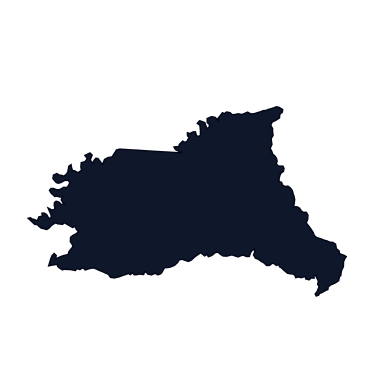 outline of Francisco Beltrão, Paraná, Brazil, rotated 186°
{"feature_id": "56859067B76374785013373", "entity_name": "Francisco Beltrão", "entity_type": "district", "adm_level": 2, "iso_a3": "BRA", "parent_name": "Brazil", "parent_adm1": "Paraná", "projection": "albers", "projection_center": [-53.12, -26.068], "detail": "fine", "context": "isolated", "style": "filled", "palette": "ink", "viewbox_px": 384, "rotation_deg": 186, "n_neighbors": 0, "source": "geoboundaries", "source_scale": "gbopen_adm2", "svg_char_len": 4801}
<svg xmlns="http://www.w3.org/2000/svg" viewBox="0 0 384 384"><g transform="rotate(186 192 192)"><path d="M43.8,155.1L46.6,156.5L50.0,156.5L52.4,157.4L55.2,157.8L58.5,158.8L63.4,159.7L66.0,161.7L67.2,164.3L69.8,167.5L71.7,169.6L73.8,171.7L75.2,173.2L74.1,176.9L74.3,181.1L76.2,183.7L79.3,183.4L81.5,184.7L83.2,187.0L85.2,188.0L87.2,188.2L89.2,187.5L89.3,190.2L89.1,195.0L90.1,198.4L91.1,200.3L91.9,202.6L93.2,204.9L94.8,206.4L97.2,207.8L100.1,207.2L102.6,208.2L104.0,211.0L106.6,211.5L106.8,215.2L106.2,218.2L105.3,220.3L103.3,222.0L103.0,225.1L104.3,227.2L108.7,226.8L111.1,228.7L110.6,231.7L111.7,234.6L113.7,236.8L115.6,237.8L117.0,240.8L118.9,243.6L117.5,247.6L118.4,251.1L118.9,253.5L117.3,256.7L118.2,260.4L118.5,263.5L120.7,266.5L119.8,269.8L118.1,270.9L115.7,272.4L112.8,274.8L112.8,278.6L110.5,280.8L110.5,283.5L112.9,284.6L115.0,285.5L117.4,285.4L119.0,284.4L121.4,283.4L124.5,282.1L127.6,280.6L129.7,280.4L131.8,279.1L135.4,277.6L138.5,276.3L141.3,275.8L143.2,276.4L145.1,277.2L147.2,276.0L150.4,274.2L154.1,274.6L157.6,273.5L160.1,273.0L162.4,274.8L165.9,275.2L168.0,273.3L170.0,274.0L171.9,270.9L173.8,268.0L173.3,266.0L177.1,268.7L180.5,268.9L184.6,266.6L184.0,262.6L181.7,261.0L181.7,257.9L184.0,256.8L186.5,262.3L191.8,263.7L193.9,260.9L191.1,259.2L190.1,254.5L189.5,249.3L191.1,248.0L193.2,248.2L194.2,250.3L194.9,252.2L197.1,251.9L200.3,249.9L202.7,250.4L202.3,247.3L200.4,246.2L201.6,243.6L202.3,241.7L204.3,240.6L206.5,241.6L209.4,238.2L210.1,235.3L212.2,235.5L214.6,234.8L212.8,232.5L206.1,229.8L221.0,229.1L236.1,228.4L240.9,228.2L249.7,227.9L255.2,227.6L259.2,227.4L262.7,227.3L264.6,227.2L268.3,227.1L271.5,225.9L272.4,224.0L273.6,221.6L275.1,218.5L279.0,217.5L282.3,215.3L283.4,211.8L284.0,209.9L287.2,213.5L289.2,215.5L291.2,215.4L292.7,213.2L293.7,210.1L296.6,213.1L295.2,218.3L297.5,220.1L299.9,218.7L302.3,217.2L299.6,214.2L301.6,210.9L305.2,209.6L305.1,205.2L304.1,202.1L307.4,199.2L311.0,200.8L312.9,200.6L314.2,203.1L315.2,206.5L317.2,204.7L317.5,199.5L318.4,196.9L321.1,194.3L323.4,194.9L325.7,194.9L328.3,196.2L331.5,194.3L331.7,190.9L330.0,189.1L327.9,187.2L325.7,186.8L323.3,187.8L319.9,190.2L316.3,190.7L314.4,188.5L315.6,185.2L317.2,183.2L320.1,183.3L323.1,180.9L325.2,180.2L327.2,180.2L330.4,181.0L332.5,180.8L333.9,178.8L332.1,176.3L330.5,175.1L328.0,173.2L325.8,173.8L323.0,173.2L320.3,173.6L321.2,170.6L319.5,168.2L317.8,166.8L320.8,165.9L323.2,168.0L326.1,168.6L327.7,167.0L327.5,164.0L326.5,161.6L327.5,159.8L329.7,159.5L333.4,161.0L331.9,158.3L329.8,154.6L329.2,151.3L331.8,151.0L334.2,154.3L336.8,155.6L339.0,155.2L338.2,152.4L341.7,151.2L342.8,147.0L345.6,148.1L348.3,148.4L350.0,149.5L352.1,148.7L350.0,147.2L347.7,145.4L345.1,143.4L342.5,143.4L340.9,142.1L338.3,140.4L335.4,140.0L332.6,139.5L330.1,141.5L329.0,143.3L327.5,144.8L324.5,147.1L322.4,146.4L317.4,146.3L315.7,148.1L306.9,144.2L304.5,145.7L303.3,143.0L300.8,140.8L302.4,138.7L304.3,137.4L306.0,136.3L308.0,134.2L307.8,129.9L305.8,127.7L304.6,125.1L306.3,122.8L308.2,119.6L308.5,117.0L311.0,116.0L313.3,115.2L316.2,113.8L318.8,112.2L320.8,111.7L320.4,114.6L322.7,116.4L324.5,114.1L325.5,110.6L326.1,107.2L326.8,103.6L322.7,104.9L318.5,106.0L317.8,104.0L316.2,102.8L312.9,101.1L310.7,101.8L304.7,102.2L299.9,101.7L298.4,103.8L295.4,103.2L292.5,105.4L290.1,103.3L287.1,104.7L284.9,105.5L282.2,106.2L279.8,105.7L276.4,104.5L272.2,103.3L266.5,101.4L264.1,98.6L260.0,98.5L257.5,99.5L255.7,100.0L252.6,101.6L248.6,103.4L246.7,104.4L244.7,103.4L242.7,105.5L240.9,103.7L238.4,104.0L235.8,104.9L231.5,104.9L230.8,107.7L229.0,107.3L227.4,105.8L223.7,105.4L220.0,107.4L217.7,106.1L215.8,106.7L214.2,107.9L213.2,109.7L211.6,113.7L207.0,114.7L204.9,115.5L201.7,117.3L199.1,120.3L197.6,123.3L194.9,124.1L191.1,123.2L188.3,122.6L185.4,124.4L182.6,127.7L177.1,132.5L175.2,131.4L172.6,129.8L170.9,131.7L168.9,129.4L166.0,130.8L164.4,132.2L162.5,134.2L159.9,134.9L157.3,133.1L154.5,131.7L151.0,131.8L149.3,132.4L145.8,133.7L143.1,133.1L139.3,132.3L136.6,133.9L134.2,134.6L131.4,133.6L128.3,133.9L127.5,137.7L126.5,139.7L124.2,141.7L123.3,139.4L124.2,135.8L121.9,132.8L118.8,132.0L116.1,130.3L113.6,129.4L109.9,126.7L107.0,127.2L105.1,129.3L103.3,129.6L100.4,127.8L98.0,129.1L97.2,126.9L95.2,126.0L92.5,123.9L88.5,121.2L85.8,121.0L82.9,121.0L80.9,120.0L79.9,117.7L77.3,118.6L74.4,118.2L72.2,119.2L70.2,119.7L69.8,117.5L66.4,116.9L64.3,119.1L61.6,119.1L62.0,121.2L60.2,121.9L59.1,119.9L57.0,116.7L57.3,113.1L55.6,111.3L56.3,109.2L56.9,106.5L58.8,103.5L57.6,101.6L55.4,102.6L54.6,104.5L52.6,105.4L49.8,107.4L46.7,109.3L46.7,111.8L44.6,114.0L42.7,115.0L40.6,116.2L38.7,117.6L36.9,119.2L36.6,122.9L35.3,124.7L35.3,127.8L34.9,130.4L33.7,133.3L33.8,136.0L34.1,138.3L33.1,141.6L31.9,143.8L34.0,144.9L36.0,145.3L38.8,146.1L39.7,148.9L42.5,150.6L43.8,155.1Z" fill="#0f172a" stroke="#020617" stroke-width="1.5"/></g></svg>